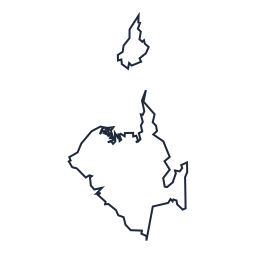 the district of Tumaco, Nariño, Colombia
{"feature_id": "7082276B11470740818947", "entity_name": "Tumaco", "entity_type": "district", "adm_level": 2, "iso_a3": "COL", "parent_name": "Colombia", "parent_adm1": "Nariño", "projection": "robinson", "projection_center": [-78.664, 1.822], "detail": "medium", "context": "isolated", "style": "outline", "palette": "slate", "viewbox_px": 256, "rotation_deg": 0, "n_neighbors": 0, "source": "geoboundaries", "source_scale": "gbopen_adm2", "svg_char_len": 1885}
<svg xmlns="http://www.w3.org/2000/svg" viewBox="0 0 256 256"><path d="M187.0,162.4L181.2,165.1L182.2,168.1L179.7,171.4L175.0,170.5L175.8,173.5L172.7,182.4L167.1,187.1L164.7,186.6L163.2,178.1L169.7,169.6L164.5,161.2L169.7,156.9L163.3,141.3L153.3,134.5L157.0,131.0L156.0,125.7L152.7,122.3L154.6,114.3L143.5,101.6L145.9,90.1L142.0,100.5L144.3,111.3L142.8,114.8L140.8,114.4L142.8,121.9L140.9,125.5L142.2,131.5L138.8,133.2L140.4,139.3L138.0,141.6L135.9,142.3L138.1,140.5L136.2,135.7L133.2,136.5L133.1,132.9L124.9,133.0L124.6,136.3L120.7,133.8L119.4,135.2L121.2,139.7L119.6,141.0L118.6,133.5L117.6,137.2L114.9,133.0L115.3,141.5L113.0,143.8L111.5,141.5L107.7,142.2L113.4,140.0L111.6,137.2L111.3,137.9L110.7,137.7L110.3,137.4L110.1,137.9L110.4,137.9L110.6,138.0L110.6,138.9L110.1,137.9L110.2,137.4L110.4,137.2L111.4,137.7L111.6,137.0L113.4,138.4L111.4,132.3L110.6,134.4L108.7,132.2L109.2,135.4L108.4,135.9L106.3,132.8L107.0,134.4L104.0,133.1L107.7,131.0L108.1,128.4L110.8,130.7L113.4,127.2L106.5,128.0L104.7,131.7L102.4,130.7L99.9,134.2L101.9,129.1L105.0,127.5L100.4,126.6L91.6,131.2L81.3,143.5L77.6,152.4L69.3,157.1L70.6,160.5L68.8,161.4L72.2,167.2L76.8,168.4L85.7,177.5L89.5,175.3L91.8,176.1L90.0,177.5L90.8,185.4L94.3,189.5L102.0,187.8L96.4,193.6L100.5,193.0L97.9,194.9L105.6,201.8L105.1,204.3L108.4,204.0L116.0,210.2L118.3,215.3L123.6,217.2L125.5,224.7L130.7,230.2L141.9,230.6L141.4,233.7L146.6,236.1L146.4,240.6L152.8,206.5L168.2,202.9L170.5,199.1L172.6,201.3L173.4,199.5L176.5,200.5L177.2,204.4L182.7,209.6L185.6,208.3L185.1,177.2L187.2,172.1L187.0,162.4ZM138.3,22.4L138.6,15.4L129.6,29.4L129.5,38.2L123.6,45.5L122.7,51.8L117.8,55.0L118.0,60.5L121.4,59.5L121.8,64.0L128.0,68.7L129.1,63.0L131.7,65.6L141.1,61.7L139.6,58.3L145.9,53.3L148.7,47.0L144.8,43.7L144.0,40.2L142.3,41.8L139.5,39.3L140.8,31.7L137.9,28.8L140.0,22.9L138.3,22.4Z" fill="none" stroke="#1e293b" stroke-width="2"/></svg>